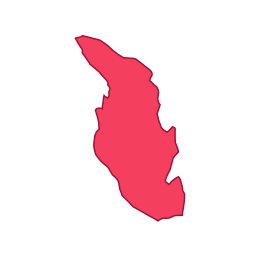 outline of Sumail, Dihok, Iraq, rotated 217°
{"feature_id": "34846034B96469488868689", "entity_name": "Sumail", "entity_type": "district", "adm_level": 2, "iso_a3": "IRQ", "parent_name": "Iraq", "parent_adm1": "Dihok", "projection": "robinson", "projection_center": [42.773, 36.911], "detail": "fine", "context": "isolated", "style": "filled", "palette": "rose", "viewbox_px": 256, "rotation_deg": 217, "n_neighbors": 0, "source": "geoboundaries", "source_scale": "gbopen_adm2", "svg_char_len": 2263}
<svg xmlns="http://www.w3.org/2000/svg" viewBox="0 0 256 256"><g transform="rotate(217 128 128)"><path d="M224.0,168.0L220.3,166.4L215.5,164.4L213.3,163.7L211.4,163.0L210.6,161.7L209.9,160.6L208.5,160.1L201.6,157.9L197.9,156.7L197.1,156.0L196.6,156.0L195.3,156.0L194.8,156.0L185.2,155.5L178.6,154.0L173.8,153.2L172.3,152.6L170.9,152.1L170.6,151.1L170.0,150.4L169.5,149.9L169.0,149.9L168.6,149.9L168.1,149.9L166.9,149.1L166.1,148.7L165.7,147.9L165.5,147.3L165.2,146.2L164.7,144.7L163.8,144.0L162.4,142.1L162.4,139.7L164.9,139.4L165.1,139.4L165.4,139.4L166.1,139.5L166.7,139.6L165.7,137.5L163.7,134.1L161.7,130.2L160.0,128.0L162.0,127.2L163.3,126.3L164.0,125.5L164.8,124.1L164.7,122.6L158.2,117.8L156.4,116.3L154.1,114.2L152.4,112.0L150.3,109.7L150.9,105.9L150.3,103.7L149.7,101.5L148.2,99.1L145.8,94.9L144.5,93.0L144.3,92.8L141.3,90.1L138.2,87.7L137.1,87.2L131.2,85.5L127.4,85.0L122.3,84.7L120.1,84.5L116.7,83.1L112.6,81.3L107.7,80.9L105.0,80.3L102.3,78.6L97.8,74.3L93.8,71.8L92.2,70.6L88.4,70.1L83.5,69.4L77.9,68.5L76.6,68.2L69.4,69.2L58.3,70.6L53.4,71.4L50.9,71.6L48.2,71.9L47.5,73.8L45.9,76.9L44.8,77.9L42.8,79.2L40.7,81.3L40.0,82.5L38.5,85.5L37.1,86.9L35.2,88.6L33.5,89.8L32.0,91.1L33.8,93.7L35.4,96.9L36.8,99.5L39.8,104.8L43.0,109.3L46.5,110.8L48.8,113.3L55.1,118.2L58.3,119.5L59.6,116.8L61.0,111.8L61.2,107.6L65.9,107.8L66.6,108.4L68.0,112.7L68.4,114.6L68.9,117.4L69.5,120.8L70.7,123.2L72.6,128.1L74.0,131.3L73.3,139.4L76.9,142.1L81.5,144.9L85.2,149.4L86.6,151.3L86.9,151.7L87.8,152.8L89.9,155.8L90.7,156.2L90.8,156.2L91.2,156.2L92.2,156.0L93.3,155.6L93.3,154.1L93.6,151.1L94.2,148.1L99.1,147.9L99.5,147.9L101.1,148.3L102.0,148.5L104.4,150.3L106.0,151.1L108.9,153.2L113.5,157.1L114.9,161.7L115.0,162.0L116.3,165.8L116.6,166.0L118.4,166.5L119.8,167.5L121.4,168.6L122.3,169.9L124.9,174.8L126.9,176.5L129.4,178.0L132.9,178.2L133.4,178.2L134.0,178.2L134.5,178.2L137.0,178.8L137.5,178.8L139.0,178.8L139.4,178.8L140.2,181.8L140.7,185.0L142.5,186.7L144.6,187.4L152.9,187.6L153.4,187.6L162.3,187.8L162.8,187.8L165.3,187.0L173.9,181.4L180.1,180.8L180.6,180.8L185.3,180.8L185.8,180.8L194.2,181.6L194.3,181.6L194.7,181.6L201.2,181.4L203.5,181.2L217.8,175.2L219.9,174.4L220.5,172.2L223.3,169.2L224.0,168.0Z" fill="#f43f5e" stroke="#9f1239" stroke-width="1.5"/></g></svg>